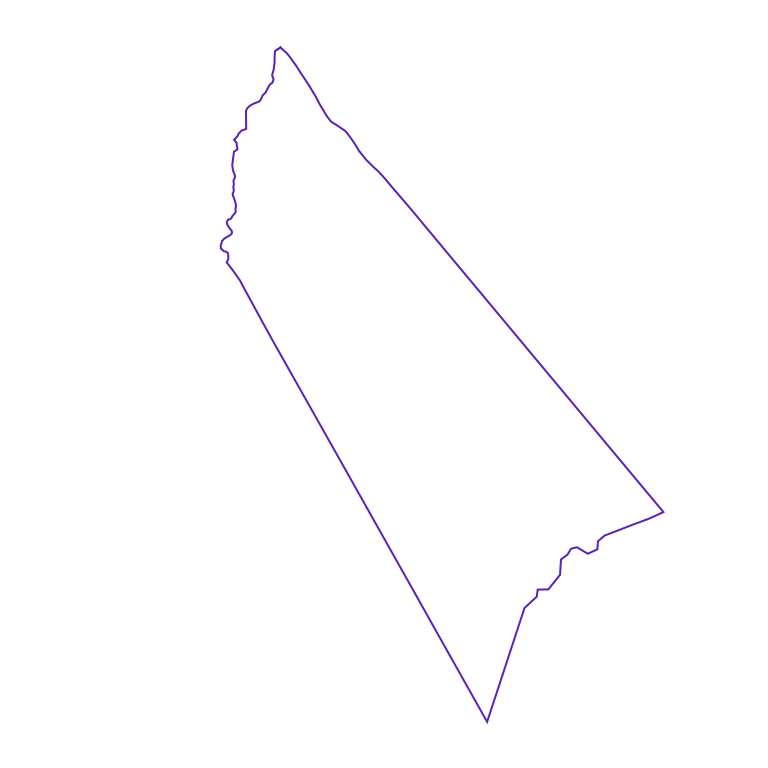 San Martín, San Juan, Argentina (Albers equal-area conic projection), rotated 50°
{"feature_id": "61730980B78285538688755", "entity_name": "San Martín", "entity_type": "district", "adm_level": 2, "iso_a3": "ARG", "parent_name": "Argentina", "parent_adm1": "San Juan", "projection": "albers", "projection_center": [-68.358, -31.544], "detail": "fine", "context": "isolated", "style": "outline", "palette": "violet", "viewbox_px": 768, "rotation_deg": 50, "n_neighbors": 0, "source": "geoboundaries", "source_scale": "gbopen_adm2", "svg_char_len": 2859}
<svg xmlns="http://www.w3.org/2000/svg" viewBox="0 0 768 768"><g transform="rotate(50 384 384)"><path d="M124.3,362.7L128.1,364.1L129.0,364.4L130.0,365.5L131.4,368.6L134.3,370.5L136.4,372.9L139.2,374.6L140.1,375.9L141.0,377.7L141.9,378.3L147.3,380.3L152.1,382.5L153.2,383.6L154.1,385.1L155.4,385.8L156.2,386.4L157.0,387.6L157.4,388.3L157.5,389.2L157.6,390.2L157.8,391.5L158.0,392.5L158.6,393.7L158.9,395.3L158.7,396.1L157.8,397.8L158.6,399.5L159.4,400.9L162.2,401.8L166.1,402.2L167.2,402.2L168.4,402.1L170.4,403.1L171.0,404.5L171.1,405.7L170.8,407.7L170.4,410.1L169.9,412.7L170.4,416.1L172.9,419.9L175.1,421.8L177.8,421.6L179.5,421.2L180.5,420.4L182.1,419.6L183.5,419.4L185.6,420.8L188.2,423.0L189.8,426.4L196.4,426.6L199.5,426.7L212.3,427.8L219.0,429.3L221.9,429.9L236.9,432.9L259.6,437.5L278.3,441.2L283.6,442.2L400.2,464.0L544.9,491.2L635.4,508.3L682.2,517.1L709.1,522.2L687.5,487.3L682.2,478.8L654.6,434.4L645.9,420.3L645.1,403.7L640.3,398.4L647.0,390.1L643.3,371.8L632.2,361.2L632.6,352.9L630.4,346.6L633.1,341.1L645.0,337.0L647.8,326.9L642.0,321.1L641.9,312.4L651.8,283.5L652.4,281.8L657.5,267.6L659.0,262.2L661.7,252.3L656.8,252.2L637.8,252.2L385.1,251.4L348.2,251.3L295.3,251.1L286.3,251.1L275.6,251.0L268.4,251.0L261.3,251.0L253.9,251.1L249.2,251.1L248.9,251.2L246.5,251.2L237.7,251.3L231.2,251.3L227.4,251.3L223.4,251.4L220.5,251.6L218.1,251.7L217.8,251.8L217.1,251.7L216.8,251.8L216.4,251.8L212.5,252.4L211.8,252.5L208.8,252.8L208.4,252.8L204.5,253.2L201.3,253.5L200.6,253.5L200.0,253.5L195.1,253.4L190.1,253.3L189.2,253.3L187.6,253.0L181.9,252.1L181.4,252.1L179.6,251.9L175.2,251.4L171.3,251.2L169.3,251.0L165.8,251.0L165.2,251.1L163.2,251.6L157.1,253.3L151.5,255.1L150.8,255.4L150.2,255.6L149.7,255.7L149.1,255.8L148.7,255.9L148.1,255.9L144.7,255.7L142.8,255.6L142.5,255.6L141.2,255.5L140.3,255.4L135.3,254.5L133.4,254.2L130.5,253.8L128.8,253.5L127.0,253.2L125.8,252.9L122.5,252.1L121.7,252.0L121.0,251.8L120.1,251.6L113.2,250.5L110.2,250.0L108.4,249.7L104.6,249.2L97.3,248.4L91.0,247.7L88.3,247.3L84.2,246.8L82.0,246.6L81.2,246.5L80.7,246.5L80.0,246.5L79.1,246.4L77.8,246.3L76.5,246.2L75.9,246.1L75.7,246.1L75.2,246.1L72.5,245.9L69.8,245.8L69.1,245.8L68.4,245.8L68.1,245.8L67.4,245.9L66.1,246.1L64.8,246.3L63.0,246.5L62.7,246.5L62.3,246.6L61.8,246.7L61.6,246.8L61.4,246.9L61.2,247.0L60.9,246.9L59.7,246.8L59.4,246.8L59.4,248.3L59.4,249.3L59.5,249.5L59.6,249.8L59.4,250.7L59.1,250.6L58.9,253.4L62.5,257.0L68.2,262.0L72.2,266.4L73.4,268.1L74.4,269.7L75.8,271.4L79.5,272.7L81.4,275.7L81.2,279.1L82.6,282.7L84.7,287.6L84.7,288.7L84.9,291.5L87.2,296.1L87.3,298.3L86.8,299.9L86.5,300.7L85.5,303.4L84.7,307.6L84.7,309.4L84.9,311.6L86.0,314.1L88.8,316.4L100.0,325.6L99.1,328.2L98.3,330.4L98.8,334.5L99.9,336.6L100.6,341.9L104.3,341.9L110.1,345.5L109.6,349.6L118.9,359.7L123.2,362.3L124.3,362.7Z" fill="none" stroke="#5b21b6" stroke-width="2"/></g></svg>